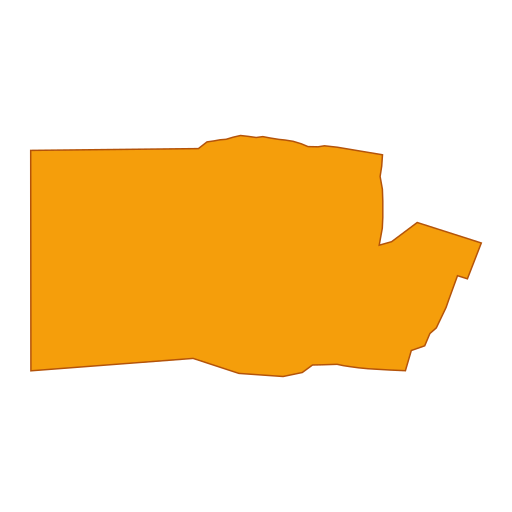 Godoy Cruz, Mendoza, Argentina
{"feature_id": "61730980B65696881637259", "entity_name": "Godoy Cruz", "entity_type": "district", "adm_level": 2, "iso_a3": "ARG", "parent_name": "Argentina", "parent_adm1": "Mendoza", "projection": "equal_earth", "projection_center": [-68.856, -32.929], "detail": "fine", "context": "isolated", "style": "filled", "palette": "amber", "viewbox_px": 512, "rotation_deg": 0, "n_neighbors": 0, "source": "geoboundaries", "source_scale": "gbopen_adm2", "svg_char_len": 790}
<svg xmlns="http://www.w3.org/2000/svg" viewBox="0 0 512 512"><path d="M382.5,154.8L337.2,147.2L324.4,145.8L318.1,146.8L308.0,146.6L301.3,143.8L293.1,141.3L284.8,140.0L278.9,139.4L270.2,138.0L262.8,136.6L256.2,137.5L248.4,136.4L240.5,135.5L233.1,137.2L226.1,139.3L220.0,139.8L214.0,140.9L207.0,141.9L198.4,148.6L30.7,150.4L30.9,370.8L193.1,358.4L238.9,373.4L283.1,376.5L302.3,372.5L312.5,365.0L321.8,364.8L337.1,364.3L343.2,365.6L349.7,366.6L358.6,367.8L367.8,368.7L374.4,369.1L389.8,370.0L405.4,370.7L411.3,350.5L424.7,345.8L429.9,333.5L436.3,327.9L446.1,307.4L448.7,299.9L457.5,275.7L467.4,278.8L481.3,243.0L417.2,222.5L391.6,241.7L379.2,245.2L382.3,228.2L382.8,217.3L382.8,201.2L382.4,189.3L380.1,176.5L381.7,166.2L382.5,154.8Z" fill="#f59e0b" stroke="#b45309" stroke-width="1.5"/></svg>